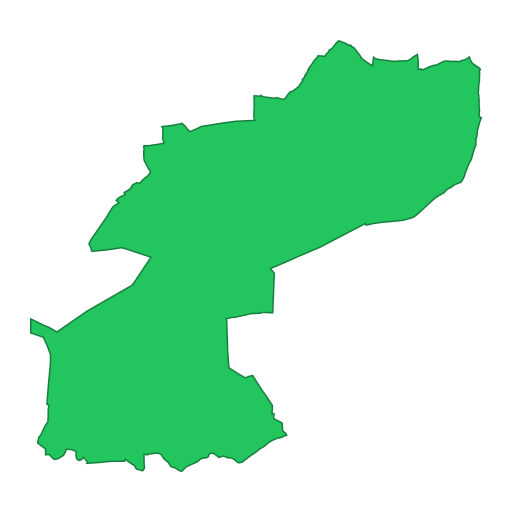 Remetea Mare, Timis, Romania
{"feature_id": "2599482B75207648796905", "entity_name": "Remetea Mare", "entity_type": "district", "adm_level": 2, "iso_a3": "ROU", "parent_name": "Romania", "parent_adm1": "Timis", "projection": "robinson", "projection_center": [21.43, 45.83], "detail": "fine", "context": "isolated", "style": "filled", "palette": "green", "viewbox_px": 512, "rotation_deg": 0, "n_neighbors": 0, "source": "geoboundaries", "source_scale": "gbopen_adm2", "svg_char_len": 5889}
<svg xmlns="http://www.w3.org/2000/svg" viewBox="0 0 512 512"><path d="M286.7,435.3L285.8,433.4L282.6,430.7L282.2,423.6L281.9,423.0L281.6,422.6L273.6,418.6L274.0,413.7L272.0,413.6L272.5,405.7L272.3,405.3L264.4,393.4L262.9,391.6L252.6,375.5L248.9,376.4L245.3,377.9L236.9,373.0L229.6,368.3L229.1,367.6L228.9,367.0L228.7,365.4L227.6,350.2L227.5,347.3L227.5,344.2L226.6,319.2L226.2,318.6L229.6,318.1L231.8,317.3L234.4,317.4L251.8,313.5L252.8,313.6L260.2,313.2L262.6,312.4L272.7,312.8L274.3,273.3L270.4,268.6L270.6,268.5L287.6,261.2L297.3,256.8L319.8,247.3L365.2,223.6L365.5,223.6L366.0,225.1L369.8,224.4L372.8,223.6L383.3,222.1L386.9,221.9L403.0,220.3L412.5,217.6L414.8,216.3L418.9,212.9L432.2,200.6L436.4,197.2L438.5,195.8L439.4,195.0L440.2,195.0L442.4,193.5L443.9,193.0L445.9,190.4L449.6,187.9L451.0,187.6L452.1,186.5L454.1,185.1L454.4,184.7L460.7,182.3L461.2,181.8L462.0,180.7L463.7,177.6L464.5,175.9L465.1,173.4L469.0,163.4L470.5,160.9L471.4,159.1L471.9,156.9L472.9,154.2L473.0,152.5L473.8,150.9L474.7,147.6L475.8,145.7L476.0,139.0L476.8,136.6L477.2,133.7L477.2,131.5L479.4,122.9L481.3,117.9L480.0,117.1L479.1,115.6L479.1,113.9L479.5,110.5L479.0,104.3L479.2,100.7L478.8,100.1L479.1,99.1L478.8,97.9L478.8,95.4L478.6,94.4L478.3,93.7L478.8,84.6L479.4,81.2L479.5,78.6L479.3,76.6L479.6,76.1L479.5,74.2L479.7,72.6L479.6,71.8L479.2,71.4L480.3,69.3L479.9,68.7L479.4,68.5L479.2,68.2L479.1,67.8L478.8,67.6L476.7,66.4L472.3,63.2L471.5,62.1L470.5,60.1L470.2,59.9L469.6,57.5L469.1,56.9L468.8,57.5L464.7,59.9L463.9,60.2L462.0,60.3L461.0,60.9L459.7,61.5L458.9,61.6L454.8,61.3L452.1,61.5L447.2,61.0L444.5,61.2L442.0,62.2L440.0,63.3L437.9,64.2L437.3,65.1L436.8,65.0L436.1,65.5L435.5,65.0L432.2,65.8L431.1,66.4L429.1,66.8L425.6,68.7L424.9,68.8L423.9,69.5L422.8,69.7L422.0,69.5L420.9,68.8L420.4,69.3L419.8,69.4L418.2,69.1L418.1,62.1L418.3,62.1L417.4,54.4L413.1,57.1L409.9,59.6L408.0,60.5L406.8,60.8L400.9,61.0L397.6,61.0L395.7,61.4L390.0,61.0L387.5,60.4L385.4,60.4L378.5,59.4L375.6,58.7L374.7,58.2L373.6,57.2L373.1,59.9L373.2,60.2L372.5,65.9L367.3,62.6L362.3,58.9L361.4,58.0L361.5,57.7L359.9,55.9L360.0,55.5L359.4,54.7L356.4,51.0L355.3,49.3L353.5,47.5L351.3,46.4L351.0,45.5L350.2,45.0L348.9,45.3L348.6,45.0L348.1,44.9L345.3,43.2L341.7,41.9L340.7,41.3L339.7,41.2L338.9,40.8L338.1,41.2L336.2,43.1L333.7,46.4L333.3,46.6L332.1,48.6L330.7,49.2L330.0,49.8L329.3,50.0L329.5,50.6L329.0,50.9L328.1,52.4L325.7,54.8L324.9,56.5L323.4,56.1L318.0,55.8L317.8,56.4L317.0,57.5L316.2,58.3L313.4,61.6L312.9,63.0L311.6,64.4L311.2,65.5L310.5,66.0L308.9,68.2L308.7,69.3L307.7,70.3L308.0,71.7L307.1,72.4L305.9,74.1L305.5,74.3L305.5,74.8L305.0,75.4L305.2,75.9L303.7,78.2L302.5,79.1L302.4,79.4L302.3,80.6L302.6,80.7L302.6,81.0L301.6,82.5L301.1,82.7L300.4,83.7L299.1,86.2L295.3,89.3L292.1,91.4L289.9,92.0L288.9,93.5L287.9,94.5L286.1,97.2L284.3,99.1L282.8,99.3L276.1,97.6L275.8,97.6L275.3,98.2L274.6,98.3L265.1,97.0L263.6,97.0L262.5,96.6L261.4,95.5L260.9,95.3L260.5,96.0L260.0,96.2L254.1,95.8L254.2,108.5L253.9,111.6L253.9,117.5L254.8,120.4L235.4,121.3L223.1,123.0L200.6,126.6L199.3,127.5L196.0,129.1L191.1,131.2L190.0,131.6L188.9,130.7L187.2,128.9L185.4,126.4L181.9,123.3L181.0,123.7L174.8,124.9L168.9,125.9L161.9,126.6L162.6,127.7L163.0,128.8L162.7,137.5L162.8,138.9L164.0,143.1L162.3,143.6L149.4,145.6L145.4,145.9L145.4,145.6L144.2,145.7L143.7,146.2L143.8,147.6L144.1,148.5L144.0,149.8L143.8,150.9L143.7,154.9L144.1,159.9L144.5,161.1L148.7,169.0L149.7,170.4L150.1,171.1L150.7,171.8L150.6,172.1L149.9,172.7L149.8,173.0L150.0,173.5L149.1,174.2L147.9,175.7L146.6,176.6L145.7,177.7L144.6,178.1L144.1,178.8L142.0,180.6L141.3,181.4L140.5,182.8L139.1,183.2L136.7,182.6L136.2,183.1L134.5,183.7L132.3,185.2L131.8,186.5L131.3,186.9L131.6,187.6L131.4,187.9L130.5,188.3L129.6,189.2L129.0,189.5L128.7,190.0L127.1,190.9L126.2,191.2L125.6,191.8L124.3,192.4L124.4,192.5L124.4,193.2L124.9,194.1L124.8,194.4L124.4,195.0L123.2,195.4L122.1,196.2L121.3,196.3L120.3,196.9L117.4,198.9L116.2,200.5L117.5,201.4L118.9,202.9L113.9,206.0L113.1,206.8L111.8,208.5L109.9,211.7L108.6,213.4L107.6,215.7L91.8,238.5L90.4,240.7L89.2,243.1L89.2,244.4L90.7,247.3L91.4,250.1L91.3,250.7L92.2,251.3L107.6,249.8L121.4,247.7L125.0,248.6L151.0,257.2L133.0,284.2L132.8,284.1L132.5,285.0L87.4,310.9L56.9,332.0L48.4,327.1L44.4,325.6L30.7,318.9L30.8,333.0L43.3,337.2L47.3,345.8L50.4,354.4L50.5,354.5L50.4,363.9L48.6,382.9L46.9,404.0L48.2,405.0L48.5,405.4L48.8,406.1L48.2,409.6L48.2,418.4L47.9,419.3L48.1,421.3L44.6,426.9L40.5,435.5L39.4,436.4L38.8,437.4L37.6,442.6L37.7,442.9L38.3,443.5L45.4,448.9L45.6,451.4L45.6,454.8L48.4,454.5L49.3,454.7L50.9,456.2L51.6,457.2L53.7,459.0L54.7,459.4L56.9,459.0L59.1,458.1L62.6,456.0L63.5,455.2L65.5,451.9L65.8,450.0L66.2,449.5L67.5,449.3L70.0,449.4L74.2,450.5L75.3,451.2L75.9,452.0L76.1,453.0L76.1,456.0L76.3,457.2L76.7,458.5L77.3,459.4L78.4,460.2L79.3,460.4L81.1,459.8L82.7,458.4L83.4,457.4L84.9,458.7L87.6,462.5L87.0,463.3L99.0,462.5L109.8,461.4L119.2,461.2L124.5,461.3L125.0,459.2L133.0,464.8L133.6,464.7L135.0,466.4L135.1,467.0L135.8,468.2L137.1,469.4L140.8,470.1L142.0,470.7L142.5,470.8L143.6,469.7L144.4,468.0L144.0,461.1L144.0,454.1L146.0,454.7L147.3,454.8L149.8,453.9L156.7,453.1L157.7,453.2L160.3,454.0L161.1,454.6L164.1,459.0L168.1,462.3L169.0,463.4L169.2,464.0L170.5,466.0L171.0,466.4L172.0,467.0L175.1,467.9L179.0,470.4L180.3,471.0L181.3,471.2L182.2,471.0L184.9,468.0L186.0,467.1L187.2,466.3L194.1,463.2L195.1,462.8L197.3,461.7L199.1,460.3L200.0,459.4L201.5,458.6L202.8,458.2L206.6,457.7L207.6,457.2L208.2,456.7L209.0,454.5L209.8,453.8L211.7,453.2L213.2,453.4L215.1,454.4L218.5,457.1L219.5,457.4L221.7,456.5L223.9,456.0L226.8,457.5L228.1,457.8L230.2,457.8L231.5,458.0L234.1,459.4L238.1,462.6L238.7,462.8L241.2,462.4L242.8,461.7L251.0,455.3L253.4,453.9L256.8,451.4L259.7,449.0L263.0,447.1L265.4,445.4L267.6,443.3L271.7,440.7L276.8,438.4L282.0,437.2L284.0,436.0L286.7,435.3Z" fill="#22c55e" stroke="#15803d" stroke-width="1.5"/></svg>